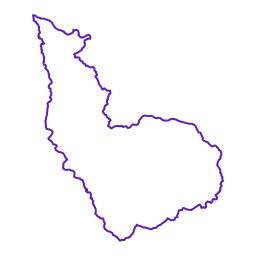 outline of Pataz, San Martín, Peru
{"feature_id": "86281439B60553408093746", "entity_name": "Pataz", "entity_type": "district", "adm_level": 2, "iso_a3": "PER", "parent_name": "Peru", "parent_adm1": "San Martín", "projection": "orthographic", "projection_center": [-77.413, -8.063], "detail": "fine", "context": "isolated", "style": "outline", "palette": "violet", "viewbox_px": 256, "rotation_deg": 0, "n_neighbors": 0, "source": "geoboundaries", "source_scale": "gbopen_adm2", "svg_char_len": 5683}
<svg xmlns="http://www.w3.org/2000/svg" viewBox="0 0 256 256"><path d="M33.1,15.4L33.8,19.5L33.6,20.0L33.7,20.6L35.9,21.9L36.5,23.1L38.1,24.6L38.4,25.8L39.0,26.6L39.2,27.6L38.8,28.1L39.0,29.9L39.9,32.5L39.8,32.9L38.9,33.6L38.4,35.4L38.5,36.1L39.4,36.8L39.3,37.4L38.7,37.8L39.4,38.5L40.8,38.6L41.5,39.0L41.9,39.4L42.7,41.8L44.1,43.3L44.0,43.6L43.1,43.9L42.3,44.1L41.9,43.8L41.5,43.8L41.2,45.4L40.7,46.2L41.5,47.1L41.3,49.3L42.2,50.2L41.5,51.6L41.7,52.9L43.1,53.7L43.6,56.0L44.3,57.8L43.8,59.3L44.1,61.0L44.0,61.5L43.5,61.9L43.7,62.8L43.6,64.0L43.8,64.6L45.0,64.8L45.6,65.3L45.9,66.9L45.2,68.0L45.9,68.5L46.7,69.8L47.4,70.1L48.4,72.0L48.7,73.9L49.1,74.6L49.1,77.2L50.0,79.0L51.3,80.3L51.7,82.1L51.5,83.2L50.0,84.1L49.2,85.2L48.6,86.8L48.8,87.8L50.5,88.8L50.6,89.1L50.4,91.0L51.2,92.3L51.4,94.5L50.0,97.5L51.3,99.2L51.4,99.7L50.8,100.3L50.6,101.2L48.8,102.0L47.5,103.4L48.1,106.2L47.3,109.1L47.5,110.1L47.0,112.7L47.2,114.4L46.4,116.2L45.9,119.6L45.4,120.5L45.8,122.0L45.5,123.3L46.0,125.4L45.9,127.4L46.5,128.6L47.0,128.9L50.2,129.7L51.6,130.5L52.3,131.2L52.6,132.0L52.5,132.7L51.3,135.3L48.7,138.0L48.4,138.8L49.7,140.2L51.6,141.3L53.2,144.3L54.8,144.5L56.6,145.4L56.8,146.0L56.5,146.6L55.2,148.1L55.2,148.7L55.8,150.0L58.5,151.9L60.1,152.1L62.9,153.1L64.2,154.7L65.6,157.8L67.3,159.4L67.2,159.7L66.4,159.9L65.6,161.1L64.1,162.4L63.6,163.4L63.3,164.5L63.4,166.4L63.0,167.8L63.4,168.7L65.7,169.9L69.3,169.6L70.1,169.8L71.2,170.6L72.3,170.6L73.4,171.1L74.2,172.0L74.5,172.9L74.4,175.2L74.1,176.3L74.3,176.9L76.0,177.8L77.6,178.0L78.5,178.5L79.8,178.4L80.7,179.6L81.9,179.7L82.9,180.6L84.0,184.2L83.8,185.6L84.8,187.0L85.3,188.5L85.7,188.8L86.5,188.8L87.1,189.7L87.0,190.4L86.1,190.5L86.0,191.0L87.3,192.3L87.8,192.5L89.7,192.3L90.6,193.3L91.0,196.2L90.5,198.1L90.7,198.4L91.9,198.3L92.2,199.6L93.4,201.4L92.7,202.8L93.0,204.1L93.9,205.3L95.7,209.0L95.9,211.3L95.4,213.5L95.5,214.1L96.6,215.0L97.6,216.3L99.4,217.1L100.2,218.2L101.6,218.5L102.9,218.4L103.3,218.7L103.7,221.2L104.8,223.1L104.8,224.1L104.0,226.0L104.5,228.4L105.0,229.0L107.7,231.2L109.3,231.5L112.1,232.8L112.6,233.4L112.6,234.2L113.0,235.0L115.0,235.7L116.1,236.7L117.0,236.9L117.8,238.4L118.9,239.4L120.0,240.6L120.6,240.6L122.0,239.7L123.1,240.0L124.2,240.0L125.9,238.0L128.4,237.7L129.3,236.8L129.9,236.8L130.7,236.0L131.3,234.8L132.4,234.1L133.0,232.8L133.7,231.9L133.7,230.3L134.7,228.5L135.1,226.8L136.4,225.9L136.9,224.9L138.4,225.7L140.9,226.3L143.9,227.6L144.8,227.4L146.6,228.0L147.2,227.9L148.6,228.6L149.8,228.8L150.9,229.3L152.5,228.7L153.6,227.9L155.5,228.0L156.3,227.7L156.5,227.2L158.2,225.7L160.9,224.6L162.1,223.4L163.6,222.5L164.3,221.8L164.7,221.8L167.5,219.1L167.7,218.4L171.1,220.2L171.9,220.2L174.7,219.5L175.2,217.7L177.4,217.0L177.2,215.3L178.4,212.7L178.6,211.2L178.9,210.5L179.9,210.1L181.9,210.1L182.9,208.2L184.0,208.0L186.0,209.1L188.7,209.8L191.4,209.9L199.4,204.6L200.1,204.9L200.5,205.7L201.3,206.4L201.2,207.5L201.5,207.9L203.8,207.2L205.0,207.9L206.2,206.7L205.6,203.6L207.0,201.9L207.6,201.5L208.8,202.0L209.9,202.0L211.1,203.0L212.3,201.5L212.7,199.6L213.1,199.2L213.7,199.0L215.7,199.5L216.8,199.0L217.0,196.9L216.0,196.1L215.6,195.0L218.1,193.1L218.6,192.2L219.1,192.1L220.0,191.1L220.0,190.3L220.5,189.5L220.2,188.9L220.3,187.9L221.6,185.9L221.3,184.7L220.6,184.2L220.7,183.6L221.9,181.5L222.9,180.9L222.2,178.1L222.5,177.2L221.4,175.8L221.4,173.9L220.2,172.8L220.5,171.8L220.2,169.7L219.7,168.6L217.2,165.3L217.7,162.4L218.9,160.0L219.4,159.8L220.4,158.4L220.5,156.3L221.6,153.8L220.5,151.0L219.8,150.3L218.8,149.9L218.3,148.3L217.1,147.3L216.4,146.3L215.2,145.6L214.2,145.7L212.7,146.4L212.1,146.4L210.2,145.1L207.6,142.2L204.8,141.3L203.1,140.2L202.7,139.3L202.8,137.8L201.8,136.2L200.8,133.3L200.2,132.6L198.8,132.5L198.3,131.9L195.3,125.9L193.8,124.6L192.1,123.9L188.4,123.6L182.9,122.2L178.9,121.0L175.9,119.5L173.3,118.9L171.6,118.8L168.1,120.5L163.8,120.5L162.3,119.8L160.1,118.0L158.3,117.8L157.1,118.2L156.2,118.2L155.0,117.8L152.6,116.3L150.9,115.8L148.5,116.2L146.4,115.7L144.5,115.6L142.4,116.4L139.9,119.5L139.1,120.9L138.6,122.8L137.8,124.4L136.4,124.9L132.8,124.5L132.0,125.0L130.2,127.2L129.1,127.8L127.6,127.9L126.6,126.4L123.8,126.5L123.1,127.0L122.5,126.7L121.8,125.8L120.7,125.9L119.8,126.4L118.4,126.0L116.6,125.9L114.2,126.6L111.8,128.2L110.9,128.3L110.2,127.1L108.5,126.4L108.0,125.9L109.1,123.6L109.1,121.8L110.5,120.4L109.9,119.2L109.1,119.1L108.8,118.3L107.4,117.6L106.1,115.0L104.6,114.7L104.1,113.4L103.2,112.4L102.9,111.1L103.2,110.4L103.8,110.0L104.0,109.1L104.5,108.7L104.5,107.2L105.0,105.8L106.7,104.8L107.6,103.9L107.0,102.5L106.8,100.2L108.0,99.3L107.7,97.8L108.5,96.1L108.7,94.9L109.5,94.0L110.4,93.6L110.1,90.9L109.3,90.6L107.2,90.7L104.3,88.4L102.8,89.5L102.0,89.0L101.4,87.4L98.9,83.8L98.3,81.3L96.4,77.8L95.5,76.9L95.4,76.3L96.9,75.4L97.1,74.9L96.0,72.8L96.3,72.2L96.1,71.9L94.5,70.6L94.4,68.1L92.7,66.8L90.8,67.5L88.4,66.6L87.4,65.6L85.9,65.9L85.0,64.0L83.2,63.3L82.5,61.4L81.3,61.4L79.6,59.8L79.7,58.5L79.3,57.7L78.2,57.4L76.3,57.3L75.8,57.6L74.8,57.3L75.0,55.7L74.2,54.6L74.6,53.8L75.1,53.4L76.5,53.3L81.7,50.0L82.0,48.4L83.5,47.5L84.9,45.5L85.0,43.9L84.4,42.4L84.6,40.5L88.3,38.5L90.0,38.8L90.5,37.7L90.0,35.8L88.6,34.8L87.7,35.3L86.5,35.3L85.7,36.3L84.7,36.6L83.5,37.3L81.3,37.6L79.9,36.6L78.6,35.2L78.9,33.8L78.1,30.7L76.5,29.9L75.4,30.0L74.5,30.7L73.5,30.0L73.2,31.9L72.4,32.7L70.0,34.2L69.1,34.2L68.2,34.6L66.8,34.5L66.2,33.7L65.0,33.2L64.1,31.8L63.4,31.8L63.1,31.2L62.6,31.2L60.6,30.1L58.8,30.1L55.6,28.2L54.0,26.1L53.7,25.9L51.8,22.2L49.7,21.0L49.2,20.4L48.3,20.3L46.5,19.5L45.3,19.4L44.6,18.9L43.4,18.6L40.9,18.7L40.4,18.1L39.5,17.7L38.6,17.7L37.2,17.2L35.3,15.6L33.1,15.4Z" fill="none" stroke="#5b21b6" stroke-width="2"/></svg>